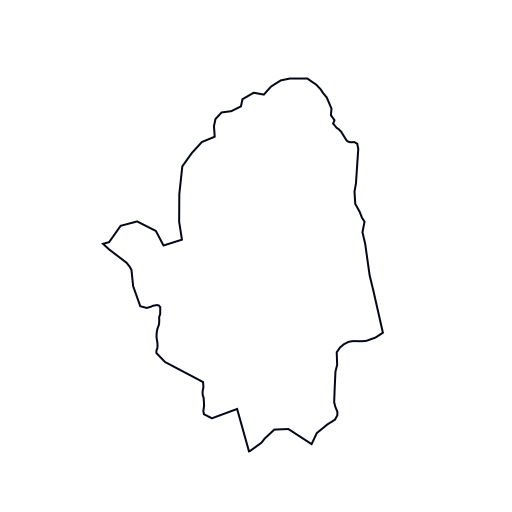 outline of Ha, rotated 22°
{"feature_id": "BTN-2435", "entity_name": "Ha", "entity_type": "District", "adm_level": 1, "iso_a3": "BTN", "parent_name": "Bhutan", "parent_adm1": "", "projection": "orthographic", "projection_center": [89.122, 27.35], "detail": "fine", "context": "isolated", "style": "outline", "palette": "ink", "viewbox_px": 512, "rotation_deg": 22, "n_neighbors": 0, "source": "natural_earth", "source_scale": "10m", "svg_char_len": 1653}
<svg xmlns="http://www.w3.org/2000/svg" viewBox="0 0 512 512"><g transform="rotate(22 256 256)"><path d="M109.6,302.0L114.6,298.2L119.2,278.7L132.8,268.5L153.8,270.3L166.3,280.9L181.2,268.6L171.8,252.8L161.7,227.3L154.1,200.5L157.9,184.6L163.1,170.6L173.0,160.9L171.3,157.3L168.4,151.4L167.1,144.2L170.3,135.8L178.8,131.0L186.0,122.9L184.7,115.7L192.7,105.5L202.8,103.4L206.5,93.2L213.2,83.9L220.9,78.8L237.2,72.2L243.5,73.7L245.6,74.1L247.8,74.6L253.6,77.3L256.7,79.5L262.3,82.6L270.8,91.1L272.7,97.4L277.9,100.7L277.9,104.3L282.6,106.9L285.3,107.5L288.6,109.0L295.9,114.4L297.6,115.3L299.8,115.4L301.9,114.8L304.6,113.5L307.8,114.0L310.7,118.4L321.5,151.3L323.2,159.4L328.5,170.5L335.7,176.3L339.9,180.8L343.8,183.6L345.8,194.1L352.6,203.7L368.5,231.2L377.6,243.9L402.4,279.6L397.3,286.9L390.0,293.4L386.2,295.3L377.5,298.7L374.0,300.9L370.6,304.8L368.2,309.3L366.9,315.0L372.0,326.5L373.0,333.5L378.3,348.6L383.2,362.2L385.7,365.7L389.9,370.1L391.1,373.4L390.5,378.2L385.3,385.4L378.7,397.4L378.0,409.6L350.8,404.3L338.0,410.1L332.5,421.9L331.0,427.1L323.3,439.3L322.7,439.8L295.8,404.9L275.9,423.0L267.0,422.2L265.3,419.6L263.8,413.9L262.7,411.5L261.6,409.3L260.5,407.0L258.9,405.2L257.9,403.3L257.1,401.2L256.4,397.3L254.1,392.7L211.4,388.4L200.0,383.3L199.1,380.9L199.1,378.6L198.3,376.0L197.1,373.4L194.3,368.8L193.1,365.7L192.3,362.8L191.9,360.4L191.8,358.8L191.8,357.5L191.7,356.1L191.3,354.4L190.3,351.7L189.1,348.9L188.9,345.7L186.4,339.3L184.5,338.3L182.5,338.6L178.9,340.9L177.5,342.5L174.1,345.1L167.5,345.9L153.3,329.9L145.8,315.6L143.0,313.3L138.6,310.8L117.5,305.0L109.6,302.0Z" fill="none" stroke="#020617" stroke-width="2"/></g></svg>